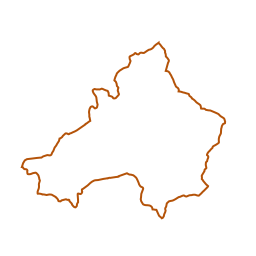 the district of Tarnava, Sibiu, Romania, rotated 105°
{"feature_id": "2599482B99258029890199", "entity_name": "Tarnava", "entity_type": "district", "adm_level": 2, "iso_a3": "ROU", "parent_name": "Romania", "parent_adm1": "Sibiu", "projection": "mercator", "projection_center": [24.293, 46.14], "detail": "fine", "context": "isolated", "style": "outline", "palette": "amber", "viewbox_px": 256, "rotation_deg": 105, "n_neighbors": 0, "source": "geoboundaries", "source_scale": "gbopen_adm2", "svg_char_len": 5786}
<svg xmlns="http://www.w3.org/2000/svg" viewBox="0 0 256 256"><g transform="rotate(105 128 128)"><path d="M193.2,220.4L193.1,219.9L193.2,219.4L193.7,218.9L194.3,218.0L194.5,217.3L194.2,215.7L194.3,215.1L194.6,214.6L195.0,214.2L195.5,214.1L196.1,214.1L197.9,213.4L198.2,213.2L198.4,212.9L198.4,212.2L198.0,210.8L197.4,209.7L196.2,208.1L195.1,205.8L195.1,205.3L195.3,204.7L196.6,202.7L197.5,201.9L198.0,201.7L198.8,201.1L200.4,200.4L201.3,199.7L201.7,199.5L204.6,199.6L205.9,199.4L206.9,199.0L208.7,198.6L210.1,198.6L211.7,198.8L213.0,198.8L214.5,198.4L214.8,198.2L214.3,196.3L214.2,195.3L214.2,194.9L214.3,193.9L214.2,193.9L214.2,193.3L213.9,191.5L213.8,189.3L212.6,186.9L212.2,185.0L212.2,184.3L213.1,180.9L213.3,180.3L213.5,180.0L213.4,179.9L213.9,179.0L214.8,177.7L215.2,177.2L216.5,176.3L216.6,176.0L216.6,175.7L216.3,174.2L215.1,173.4L213.0,169.7L212.9,169.3L213.0,169.0L213.1,167.9L212.6,166.6L212.8,166.1L213.7,165.7L214.7,164.2L215.4,163.0L215.7,162.7L216.1,162.3L216.4,162.3L216.8,161.8L217.2,161.3L217.9,160.2L218.2,159.6L218.3,159.0L218.3,158.6L218.2,158.1L216.7,157.3L216.3,157.3L215.3,157.5L214.0,157.5L212.7,157.0L210.2,157.7L205.9,159.2L204.7,159.5L204.4,159.4L204.2,159.1L204.1,156.9L203.8,156.5L203.6,156.2L202.7,155.8L202.0,155.7L201.3,155.8L200.9,156.2L199.3,156.6L198.3,155.6L193.8,152.0L190.9,150.2L189.2,148.9L187.6,147.2L187.0,146.2L186.0,143.4L183.5,138.5L182.5,136.2L182.1,135.4L181.8,134.7L181.7,134.5L181.8,134.4L181.0,133.3L180.7,132.1L178.4,126.8L177.8,125.2L177.4,124.5L177.0,124.6L172.0,117.3L172.4,115.8L172.6,114.6L172.3,113.0L172.3,110.9L172.3,110.6L172.8,109.4L173.8,107.4L174.4,106.7L175.5,105.7L177.1,104.4L178.4,103.4L179.4,102.8L180.7,101.5L181.3,100.5L181.5,99.3L181.8,98.2L182.1,98.0L182.8,97.6L188.2,98.1L192.0,97.4L193.4,97.3L195.3,96.3L197.5,94.0L197.8,93.6L198.0,92.5L198.0,91.2L197.6,89.4L197.3,87.5L197.4,86.2L197.7,85.4L198.3,84.4L199.0,83.9L200.3,83.2L200.1,82.5L199.9,80.3L199.7,79.4L204.6,75.4L205.0,74.8L205.8,73.0L206.4,72.0L206.0,71.7L205.9,71.3L205.8,71.2L204.1,70.6L201.9,70.7L199.6,70.3L198.1,70.3L197.8,70.4L197.1,70.9L196.2,71.2L195.6,71.2L194.1,70.8L190.9,71.0L190.2,70.7L188.2,69.4L187.6,68.3L186.7,66.4L186.0,65.4L184.4,63.7L181.7,61.2L181.3,60.6L181.2,60.2L179.3,57.8L178.8,56.9L178.7,56.5L179.1,55.0L179.1,54.5L179.1,54.0L178.9,53.6L177.2,51.4L177.0,51.0L176.3,49.0L175.9,48.4L175.7,48.0L175.2,46.4L175.1,45.6L175.2,44.4L175.2,43.2L175.0,42.1L172.2,40.3L170.1,39.2L169.1,38.5L164.7,36.0L163.8,35.6L163.4,35.6L162.2,38.0L159.6,41.7L159.0,42.2L158.2,43.5L156.9,43.7L156.0,44.0L155.5,44.3L155.0,44.4L154.4,44.3L149.9,43.0L148.7,43.2L147.7,42.8L146.7,42.0L146.2,42.0L143.6,43.3L142.8,43.5L141.0,43.8L140.2,43.4L139.7,43.0L137.8,43.1L136.5,42.9L135.4,42.9L134.8,43.1L134.5,43.3L134.2,43.7L133.7,44.7L133.2,44.8L131.8,44.6L130.2,44.0L128.4,42.9L127.5,42.6L125.4,41.3L124.4,41.3L123.5,40.9L122.5,39.8L121.0,38.3L119.5,37.0L118.7,36.5L118.1,36.5L117.4,36.8L116.1,37.2L114.8,37.5L112.6,37.6L109.4,36.9L108.5,37.0L105.1,37.7L104.3,37.8L103.2,37.7L102.4,37.8L101.8,37.8L99.8,37.3L99.5,37.1L98.3,35.6L96.8,35.8L95.1,36.8L94.1,37.5L93.7,38.2L93.4,39.1L92.8,41.1L92.4,42.1L91.2,44.1L91.1,44.4L90.9,45.2L90.4,48.3L89.8,52.7L89.8,53.4L90.1,54.8L90.3,57.4L89.8,58.5L89.6,59.2L89.7,59.7L90.2,61.8L90.3,62.4L89.8,62.7L88.3,63.3L87.8,63.6L87.2,64.1L86.6,65.4L85.9,67.5L85.4,68.7L84.4,70.2L83.6,71.8L83.2,73.0L82.9,74.0L82.4,74.2L82.1,74.6L81.8,75.1L81.1,76.9L79.4,78.2L79.4,78.4L79.4,80.7L79.3,82.8L79.4,83.7L79.3,85.9L79.3,86.8L79.6,88.6L78.3,88.7L77.3,89.2L76.8,89.8L76.4,90.2L75.9,91.7L75.7,92.1L75.4,92.5L71.8,95.4L69.5,96.9L67.6,98.7L65.9,100.1L64.5,101.7L63.7,102.3L63.1,103.5L62.9,104.5L63.1,106.3L54.6,106.2L53.3,105.9L52.3,106.0L51.6,106.4L49.9,108.5L49.4,109.5L49.0,110.0L47.9,110.3L46.3,111.1L45.7,111.7L44.5,112.0L43.9,112.2L42.2,113.8L41.8,114.9L40.7,116.5L39.1,118.5L38.6,119.4L38.3,120.1L38.0,120.4L37.7,120.5L38.5,121.1L40.4,122.7L42.3,123.9L43.7,124.4L45.5,125.7L46.3,126.7L47.1,128.2L48.6,129.6L51.2,131.8L51.6,132.7L51.8,134.7L52.1,135.4L52.5,135.9L54.0,136.8L54.3,137.2L54.3,138.9L53.7,140.0L53.8,140.5L54.3,140.9L55.2,141.3L56.3,142.4L58.0,144.4L58.5,144.8L59.1,144.9L60.2,144.5L61.1,144.1L62.6,142.9L64.5,143.0L68.7,143.7L69.1,144.0L70.7,146.7L71.5,147.9L74.1,150.3L74.9,151.0L77.4,152.5L78.3,152.9L79.8,153.0L81.9,153.4L83.9,153.5L85.5,153.5L85.8,153.1L86.2,152.1L86.4,151.8L88.1,150.5L90.2,149.6L90.5,149.3L91.1,148.3L91.7,147.7L92.1,147.7L92.9,147.8L94.7,147.5L95.8,146.7L96.8,146.2L97.3,145.7L97.6,145.5L98.4,145.6L98.7,145.7L101.0,146.9L102.3,147.6L102.6,148.1L102.9,148.6L103.1,149.6L103.1,149.8L103.0,150.0L102.2,150.9L102.0,151.2L101.8,152.2L101.7,154.9L99.0,155.9L98.5,156.3L98.1,156.7L97.4,157.3L97.4,158.8L97.1,161.2L96.9,162.1L96.8,163.3L96.8,163.5L97.9,165.0L98.2,165.7L98.3,166.4L98.7,167.8L98.9,168.6L99.0,170.4L99.9,171.4L100.7,171.8L101.2,171.7L101.8,171.4L102.9,170.6L103.9,169.5L105.2,167.8L106.1,166.9L106.9,166.4L110.7,164.9L113.3,163.4L115.6,163.3L116.2,163.4L116.6,163.6L117.5,164.7L117.6,165.0L117.2,165.9L116.4,167.4L116.3,167.7L116.4,168.3L117.1,169.3L117.6,169.6L119.4,170.0L120.7,170.0L122.7,169.8L125.4,168.7L126.4,168.5L127.3,168.2L127.8,167.8L130.9,166.3L131.8,167.2L132.4,167.7L133.3,168.4L133.9,168.8L134.8,169.8L134.9,169.7L135.7,170.2L143.5,176.8L145.1,178.5L146.6,180.4L147.6,181.5L148.6,183.1L149.0,183.2L149.4,183.8L149.4,184.1L149.1,185.7L149.3,186.7L149.5,187.0L151.5,188.3L152.5,188.9L153.8,189.3L155.3,190.5L155.6,190.9L155.9,191.4L158.3,191.3L162.4,192.6L163.3,192.7L165.9,193.8L169.5,194.2L170.3,194.5L171.7,194.9L173.5,195.1L174.1,195.5L174.4,195.8L174.8,196.8L175.0,198.8L175.2,199.2L177.4,202.6L178.6,203.6L179.0,204.0L179.1,204.4L180.4,208.0L182.4,212.9L183.9,216.7L184.3,217.6L186.0,219.3L189.1,220.2L193.2,220.4Z" fill="none" stroke="#b45309" stroke-width="2"/></g></svg>